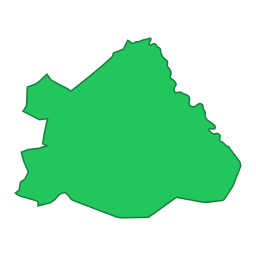 map outline of Matam (Mercator projection)
{"feature_id": "SEN-767", "entity_name": "Matam", "entity_type": "Region", "adm_level": 1, "iso_a3": "SEN", "parent_name": "Senegal", "parent_adm1": "", "projection": "mercator", "projection_center": [-13.497, 15.275], "detail": "fine", "context": "isolated", "style": "filled", "palette": "green", "viewbox_px": 256, "rotation_deg": 0, "n_neighbors": 0, "source": "natural_earth", "source_scale": "10m", "svg_char_len": 2413}
<svg xmlns="http://www.w3.org/2000/svg" viewBox="0 0 256 256"><path d="M127.7,40.4L128.2,40.6L129.2,41.0L129.6,41.4L129.7,41.6L129.9,41.9L130.0,42.1L130.3,42.2L130.9,42.4L131.1,42.6L131.8,43.2L132.0,43.3L132.7,43.4L133.3,43.2L136.0,41.8L136.6,41.7L138.4,41.7L138.8,41.6L139.5,41.4L142.5,40.1L147.7,39.0L149.0,38.4L149.6,38.3L150.1,38.2L150.8,38.4L150.9,39.8L149.3,42.9L149.1,44.5L150.1,45.2L153.7,43.8L155.2,43.8L155.7,44.4L156.5,45.7L156.9,46.3L159.6,48.2L160.2,48.9L160.5,49.7L160.6,51.5L160.7,52.3L162.1,55.7L162.7,56.8L163.5,57.7L164.3,58.6L166.8,60.5L167.4,61.3L167.6,62.2L167.5,63.1L167.2,64.8L167.2,65.6L167.4,66.3L167.8,66.9L169.6,69.0L170.4,70.6L170.9,72.3L170.9,74.3L170.7,75.2L170.4,76.0L170.2,76.9L170.3,77.8L170.8,78.5L171.5,79.0L173.0,79.9L173.8,80.5L174.5,81.2L175.6,82.9L176.0,83.7L176.1,84.5L175.9,85.2L174.4,87.6L174.1,88.4L174.0,89.3L174.1,90.2L175.1,92.7L176.5,92.6L179.5,92.1L180.9,92.2L181.6,92.5L183.4,93.8L184.2,94.1L186.4,94.7L187.6,95.4L188.7,96.4L189.4,97.6L189.6,99.1L189.1,102.9L189.1,103.8L189.3,104.6L189.6,105.6L190.2,106.0L193.2,106.8L194.6,106.6L196.1,105.7L197.4,104.6L198.8,103.8L200.4,103.6L201.9,104.3L202.6,105.1L202.9,106.0L203.3,108.8L203.6,109.5L204.6,110.8L205.0,111.6L205.2,112.4L205.2,115.8L205.6,117.4L206.4,119.0L207.6,120.3L213.4,124.3L214.7,125.6L215.3,127.3L214.8,128.7L213.2,129.0L209.8,128.6L208.8,129.4L209.4,130.7L211.6,132.9L212.5,133.6L213.4,133.9L214.3,133.9L216.4,133.5L217.5,133.5L218.4,133.8L219.3,134.4L219.9,135.1L220.1,135.9L220.1,136.7L219.6,139.3L219.7,140.1L220.0,141.0L220.1,141.3L222.5,142.1L223.3,142.9L226.2,145.7L228.9,146.8L229.1,147.6L239.5,161.4L240.2,163.0L240.6,165.3L240.6,166.1L240.4,167.0L232.9,186.1L224.9,198.4L223.7,199.8L222.5,200.4L207.7,202.3L203.5,202.3L176.9,197.4L175.9,197.8L175.1,198.2L149.3,216.8L148.2,217.3L121.3,217.8L116.5,217.0L73.7,200.7L72.0,199.8L70.3,198.4L69.4,196.5L65.1,192.4L61.0,193.7L59.6,194.5L57.8,196.1L54.9,199.6L50.1,202.9L37.9,205.9L38.1,204.4L38.2,203.2L38.0,201.9L37.3,201.3L35.8,200.6L19.8,195.9L17.2,194.6L15.4,193.0L19.1,190.2L20.5,182.1L24.8,179.2L28.4,171.8L24.1,162.2L21.3,152.2L28.0,149.6L39.1,148.2L46.9,145.8L42.7,143.7L44.4,132.6L47.6,118.6L39.4,119.7L23.0,111.2L26.6,105.7L27.3,87.1L30.2,86.0L35.2,84.2L39.1,81.6L46.9,74.2L51.2,80.1L59.4,84.6L66.9,88.3L70.8,91.2L85.4,79.7L101.1,66.8L112.2,56.8L113.6,53.0L123.6,49.0L127.7,40.4Z" fill="#22c55e" stroke="#15803d" stroke-width="1.5"/></svg>